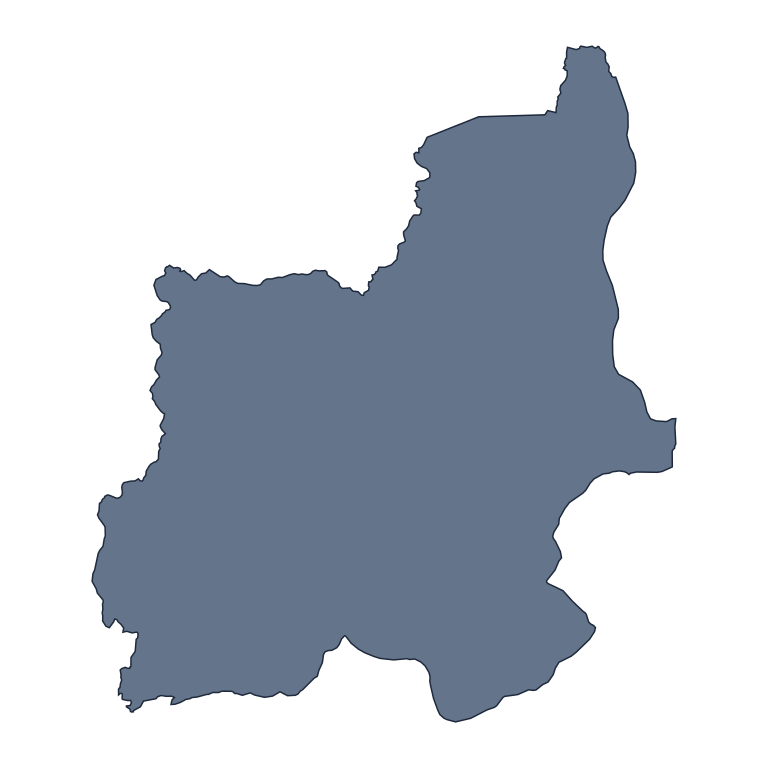 outline of Sela, Anseba, Eritrea
{"feature_id": "51966322B36323877774800", "entity_name": "Sela", "entity_type": "district", "adm_level": 2, "iso_a3": "ERI", "parent_name": "Eritrea", "parent_adm1": "Anseba", "projection": "orthographic", "projection_center": [37.406, 16.89], "detail": "fine", "context": "isolated", "style": "filled", "palette": "slate", "viewbox_px": 768, "rotation_deg": 0, "n_neighbors": 0, "source": "geoboundaries", "source_scale": "gbopen_adm2", "svg_char_len": 6065}
<svg xmlns="http://www.w3.org/2000/svg" viewBox="0 0 768 768"><path d="M615.7,77.1L613.4,77.3L611.7,76.4L610.9,73.7L608.7,71.3L609.2,66.8L607.7,63.8L606.0,62.1L605.2,57.6L605.6,54.9L604.9,52.6L603.1,50.6L599.9,48.6L599.1,46.9L597.8,46.4L596.6,47.7L594.7,48.0L592.2,46.2L586.9,47.4L580.9,46.1L580.1,46.7L579.5,48.5L576.2,49.6L567.5,47.3L566.6,52.0L566.6,58.1L565.8,58.6L564.6,62.1L564.6,63.5L565.6,65.3L564.1,66.7L563.4,68.4L564.6,68.7L565.0,69.9L567.2,70.8L567.2,75.9L565.5,80.2L560.7,85.6L559.9,89.3L560.9,93.1L557.7,97.1L558.3,98.4L557.2,101.4L557.2,105.0L556.3,107.1L556.0,112.6L547.7,110.6L544.9,114.8L478.6,116.8L427.1,137.3L423.7,144.6L421.4,147.5L418.8,148.3L418.9,152.8L416.1,152.3L414.0,153.9L414.6,158.8L417.2,163.2L421.6,166.5L426.7,168.6L429.8,172.8L429.9,176.6L429.3,177.8L424.2,180.6L418.0,181.5L416.6,182.7L415.9,186.2L418.4,187.4L419.6,189.5L419.4,190.1L415.6,190.8L417.1,192.7L417.0,194.3L417.6,195.9L416.0,199.1L414.5,200.7L415.9,202.7L416.9,206.3L421.4,208.8L420.8,213.2L419.2,215.1L414.0,215.0L412.9,216.0L409.7,220.9L408.6,225.7L406.8,228.6L403.5,231.9L403.7,235.2L405.4,240.8L404.1,242.2L399.6,243.9L398.0,245.7L397.8,248.1L398.5,250.6L397.0,257.5L397.2,259.0L391.5,264.8L385.0,267.3L378.8,267.2L377.7,271.1L375.9,271.9L375.4,273.4L374.0,274.6L372.0,275.0L372.9,279.5L371.7,280.3L370.9,281.7L368.7,281.9L368.4,285.8L369.2,287.2L368.5,290.3L364.2,292.7L363.4,295.4L361.2,295.0L358.1,291.7L352.7,291.1L350.0,287.9L342.9,288.4L341.4,288.0L339.6,285.9L339.0,283.4L337.9,282.2L328.1,275.5L327.3,274.6L326.8,272.0L325.1,270.6L319.1,270.9L315.4,270.2L312.7,271.3L311.0,273.2L308.6,274.5L305.5,274.6L302.1,274.0L298.3,274.6L294.2,273.7L289.8,274.7L282.5,277.5L278.1,277.3L271.8,278.9L266.8,279.0L263.6,280.9L260.4,284.8L257.1,285.5L252.4,285.3L244.3,283.6L237.8,283.4L234.7,281.8L228.7,276.5L227.1,275.9L224.3,277.0L220.4,276.8L209.4,269.6L205.8,273.0L201.6,273.7L198.2,277.0L196.5,279.9L194.6,280.3L190.1,275.2L186.7,273.1L184.2,270.7L180.5,271.6L179.7,271.0L180.6,269.8L180.1,268.4L177.5,267.5L173.7,268.0L169.6,265.3L167.4,266.9L166.6,266.8L165.4,268.1L164.6,270.8L165.8,272.9L164.4,275.7L162.7,276.0L156.0,279.5L153.9,285.2L157.2,295.6L160.1,299.9L161.8,301.0L167.0,301.7L168.3,302.6L170.3,306.0L170.5,307.8L169.4,309.6L165.9,310.4L165.0,312.0L162.3,314.0L161.6,315.5L158.9,318.1L156.8,319.3L155.0,322.4L151.0,324.5L152.2,334.6L153.2,337.7L156.3,341.3L160.2,344.2L160.5,348.3L162.0,352.5L161.3,355.1L157.2,359.8L155.0,367.7L155.1,369.8L158.9,374.9L159.5,377.0L156.5,380.0L153.9,384.6L151.6,386.8L150.0,390.5L152.5,393.4L152.9,396.8L152.3,398.6L154.7,401.6L155.8,404.5L160.6,410.9L162.9,413.0L164.5,413.7L163.7,418.6L160.2,425.3L160.3,426.7L161.9,429.8L165.4,433.7L161.9,436.4L160.9,439.0L160.8,442.2L159.0,444.0L159.3,446.7L160.2,448.5L158.7,451.3L158.4,459.1L156.0,461.8L154.2,462.1L150.8,464.2L149.0,466.3L146.2,471.2L145.8,475.3L144.0,477.4L142.9,480.4L142.0,481.1L140.2,480.8L138.4,478.8L135.1,480.9L130.3,481.2L123.8,482.7L122.3,484.8L121.8,487.5L122.4,492.4L121.9,495.3L119.6,497.6L116.8,498.3L109.1,495.2L107.3,495.0L104.8,496.4L104.3,497.9L102.4,499.3L101.5,501.8L99.5,503.4L99.0,511.0L97.5,514.8L99.0,518.3L104.2,525.4L105.1,527.3L105.3,536.1L104.3,538.5L103.0,546.3L99.9,550.1L98.2,553.5L94.7,569.9L93.0,573.5L92.2,580.2L92.2,581.5L96.2,588.8L97.4,593.1L103.0,600.0L103.3,601.8L102.5,604.2L102.9,608.8L102.2,613.2L102.8,616.1L102.6,620.9L105.9,626.2L109.3,627.7L113.7,621.8L114.7,619.0L115.3,619.1L117.1,619.9L118.0,621.7L120.9,624.2L123.7,628.1L122.9,632.2L126.8,631.3L132.1,632.9L136.6,632.1L137.6,632.7L138.1,634.2L137.6,638.1L136.2,639.2L135.2,651.4L131.0,657.4L130.9,666.6L129.9,667.1L129.7,668.3L127.6,668.3L125.2,667.3L121.9,668.5L120.2,670.0L121.1,675.3L120.8,677.2L121.7,680.1L120.5,683.4L119.9,687.7L118.9,688.4L118.5,689.4L118.6,694.9L120.3,693.4L121.8,693.5L122.4,694.5L122.0,698.0L122.5,699.4L127.9,700.6L130.6,700.4L131.4,702.8L130.1,705.5L126.4,706.0L126.5,706.9L129.9,709.1L130.4,711.3L131.3,712.0L133.4,711.8L133.3,710.7L140.4,706.8L143.5,701.1L156.0,698.7L157.6,696.7L161.2,695.5L166.2,696.3L171.6,696.2L174.4,697.5L172.0,700.0L171.0,704.5L175.1,704.2L180.4,702.4L185.9,699.4L190.3,698.6L191.6,697.6L197.2,697.0L206.8,694.4L208.5,694.4L212.6,692.5L218.6,692.5L221.8,691.2L231.5,691.3L233.3,692.0L234.6,693.5L236.9,693.5L242.3,695.3L250.2,692.9L254.8,695.1L264.5,697.3L272.6,696.1L280.0,691.8L287.6,695.7L295.3,695.3L297.9,694.1L300.2,691.2L302.6,689.7L314.2,678.1L317.3,676.3L318.9,670.3L322.4,662.6L323.5,654.5L325.2,651.7L328.1,650.6L331.9,650.3L336.8,647.7L339.2,644.5L341.6,638.9L344.5,635.8L345.8,636.2L351.2,643.3L358.5,649.2L364.9,652.8L374.3,656.6L380.1,658.4L393.7,659.9L406.8,658.7L409.4,659.5L414.8,659.0L420.8,662.0L425.2,666.0L429.0,672.5L430.1,677.1L429.8,681.1L430.6,685.7L433.5,698.3L437.8,710.2L439.9,714.6L443.8,718.1L447.0,719.6L455.6,721.9L470.7,718.3L487.2,709.8L494.3,707.4L496.7,705.7L502.8,697.6L504.6,696.4L517.7,694.6L528.7,689.8L533.2,690.4L536.1,689.9L542.7,684.6L548.1,682.0L553.2,674.7L555.3,668.3L558.9,662.3L571.2,656.2L576.2,652.2L589.7,639.1L594.5,631.7L595.5,627.6L593.6,625.5L590.7,624.0L588.7,622.1L586.4,614.7L585.1,612.7L583.3,611.6L572.6,601.4L563.0,590.7L547.9,583.5L546.6,582.0L546.7,580.6L555.1,570.0L558.8,561.2L561.5,557.8L560.4,551.6L555.4,541.3L553.5,538.7L552.7,536.3L553.9,532.1L558.7,524.3L559.3,518.4L564.8,508.6L569.4,502.5L582.8,493.2L585.7,490.3L590.1,483.2L594.0,478.9L602.9,474.0L609.5,473.1L612.3,471.8L619.4,470.9L624.4,471.7L626.8,472.7L629.0,474.5L630.8,473.1L636.6,472.0L657.6,472.3L662.0,471.5L672.3,466.9L672.2,451.7L672.6,450.1L674.6,448.2L674.7,446.2L675.8,443.9L674.9,427.0L675.8,418.6L672.0,418.8L666.5,421.6L656.1,420.9L650.5,418.8L646.9,412.0L644.7,402.4L640.4,390.1L632.6,381.9L618.6,374.3L614.3,366.8L612.7,354.5L612.5,340.8L613.8,329.9L618.4,318.3L618.3,309.4L612.4,285.5L606.6,271.2L603.0,260.2L602.8,250.7L604.1,240.4L607.3,226.1L610.7,217.2L618.9,208.3L625.0,200.2L633.8,183.1L635.7,172.2L635.5,161.9L633.3,153.7L629.7,146.9L626.8,135.3L628.1,127.1L627.9,113.4L624.9,103.2L615.7,77.1Z" fill="#64748b" stroke="#1e293b" stroke-width="1.5"/></svg>